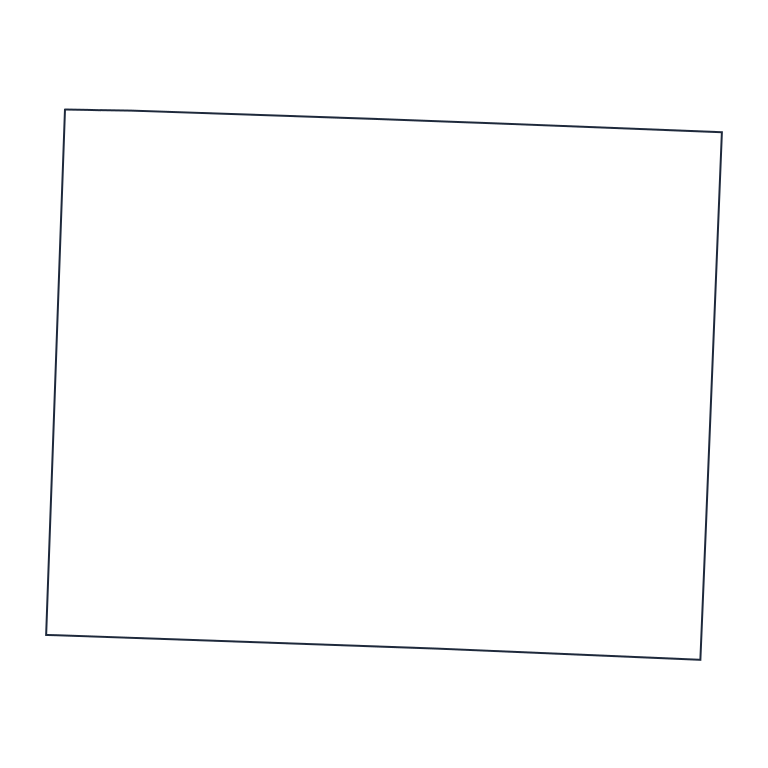 Nobles, Minnesota, United States of America, rotated 182°
{"feature_id": "52423323B36406005077231", "entity_name": "Nobles", "entity_type": "district", "adm_level": 2, "iso_a3": "USA", "parent_name": "United States of America", "parent_adm1": "Minnesota", "projection": "albers", "projection_center": [-95.706, 43.674], "detail": "fine", "context": "isolated", "style": "outline", "palette": "slate", "viewbox_px": 768, "rotation_deg": 182, "n_neighbors": 0, "source": "geoboundaries", "source_scale": "gbopen_adm2", "svg_char_len": 390}
<svg xmlns="http://www.w3.org/2000/svg" viewBox="0 0 768 768"><g transform="rotate(182 384 384)"><path d="M55.1,647.4L265.9,648.3L266.1,648.3L295.2,648.4L309.7,648.4L397.2,648.6L398.0,648.6L646.1,648.4L676.8,647.8L676.9,647.7L689.7,647.6L712.1,647.2L712.4,647.1L712.9,121.4L702.1,121.5L320.8,121.4L58.2,119.4L57.3,252.6L55.1,647.4Z" fill="none" stroke="#1e293b" stroke-width="2"/></g></svg>